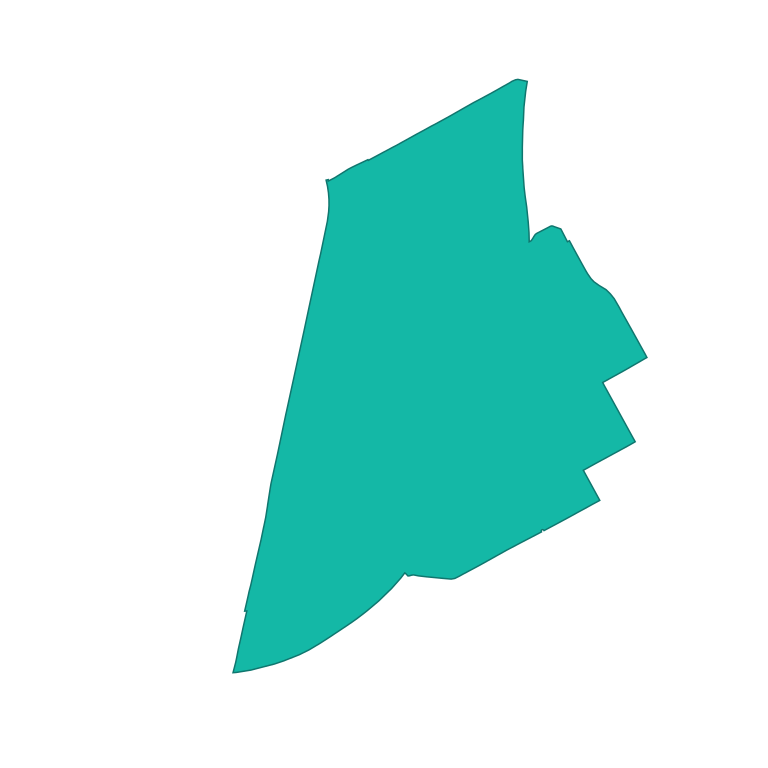 Subiaco, Western Australia, Australia, rotated 151°
{"feature_id": "25037944B24614013246759", "entity_name": "Subiaco", "entity_type": "district", "adm_level": 2, "iso_a3": "AUS", "parent_name": "Australia", "parent_adm1": "Western Australia", "projection": "equal_earth", "projection_center": [115.818, -31.953], "detail": "fine", "context": "isolated", "style": "filled", "palette": "teal", "viewbox_px": 768, "rotation_deg": 151, "n_neighbors": 0, "source": "geoboundaries", "source_scale": "gbopen_adm2", "svg_char_len": 2859}
<svg xmlns="http://www.w3.org/2000/svg" viewBox="0 0 768 768"><g transform="rotate(151 384 384)"><path d="M141.2,279.7L141.2,280.0L141.1,283.2L141.1,283.7L141.1,291.0L141.1,297.7L141.1,311.0L141.2,331.6L141.1,336.8L141.3,346.9L142.3,352.9L144.0,358.7L148.2,366.1L150.8,371.6L151.9,375.8L152.5,381.8L152.6,385.6L152.6,388.6L152.6,392.2L152.5,411.7L152.4,417.3L152.4,419.4L154.6,419.5L154.2,432.6L154.2,433.9L159.0,439.3L159.8,440.3L160.5,440.8L161.1,441.1L162.1,441.3L163.9,441.3L177.2,441.7L179.1,441.5L181.3,440.4L182.8,439.5L185.6,438.0L187.4,437.9L188.1,438.0L187.6,438.8L183.7,446.3L179.4,455.6L173.4,469.6L170.4,477.5L169.4,480.1L166.1,488.1L157.9,505.7L157.5,506.4L154.4,512.9L150.1,520.6L148.4,523.7L139.6,538.7L136.3,543.9L134.2,547.1L127.3,558.4L118.1,571.4L112.0,579.2L118.4,584.8L119.2,585.5L121.5,586.3L125.4,586.7L128.1,586.5L135.4,586.5L145.2,586.4L150.8,586.4L165.3,586.6L169.3,586.7L179.9,586.6L187.6,586.5L194.8,586.4L199.7,586.4L202.5,586.4L214.5,586.5L217.7,586.6L226.9,586.6L234.0,586.7L250.0,586.7L258.7,586.7L261.0,586.8L273.3,587.0L275.0,587.0L288.1,587.2L289.3,587.2L289.3,588.0L294.0,588.3L301.5,588.8L307.3,589.1L311.3,589.2L327.3,588.3L334.3,588.5L333.7,589.8L335.8,590.4L337.6,584.2L339.9,578.1L342.6,572.2L345.6,566.7L348.9,561.5L354.7,553.7L376.5,528.4L378.5,526.2L381.0,523.4L414.4,485.1L428.3,469.1L451.3,442.9L452.6,441.4L483.0,406.8L484.1,405.6L487.2,402.0L511.4,374.0L515.3,369.6L531.1,351.7L533.8,348.3L543.6,335.7L544.4,334.7L545.0,333.8L552.1,324.7L558.2,317.6L558.7,317.1L567.2,307.2L570.9,303.1L578.3,294.9L584.4,288.1L591.9,279.6L593.3,278.0L598.1,272.6L602.7,267.8L605.4,264.7L611.4,258.0L615.1,253.9L616.0,252.9L614.0,252.0L626.2,238.3L626.7,237.7L632.4,231.2L639.8,222.9L645.5,216.1L648.6,212.5L652.1,208.8L656.0,204.7L653.2,203.4L639.1,198.3L632.8,196.7L615.5,192.2L605.7,190.4L603.8,190.2L595.6,189.1L589.4,188.3L587.5,188.2L587.0,188.2L578.5,187.8L572.2,188.0L570.0,188.1L568.2,188.1L564.3,188.3L552.6,189.1L548.1,189.5L542.8,189.9L527.8,191.2L520.9,192.0L519.5,192.2L511.5,193.4L508.5,193.9L495.3,196.5L493.8,196.8L479.8,200.6L479.3,200.7L476.7,201.4L471.9,203.1L463.7,206.0L457.4,208.7L456.8,207.2L456.1,204.5L454.8,203.9L452.5,203.4L450.7,202.7L446.9,199.5L440.2,194.7L429.1,187.1L426.8,185.5L419.8,180.8L416.3,179.6L411.2,179.4L406.2,179.4L404.3,179.3L401.6,179.3L388.4,179.1L356.9,179.2L342.7,178.9L319.2,178.3L318.0,178.3L318.0,178.7L317.8,179.0L317.6,179.4L317.4,179.6L317.1,179.8L316.7,179.9L316.4,179.9L316.0,179.8L315.7,179.6L315.5,179.4L315.3,179.0L315.1,178.7L315.1,178.2L295.4,177.9L285.6,177.8L277.9,177.8L266.1,177.7L259.4,177.7L251.7,177.6L251.5,211.9L243.8,211.9L237.4,211.9L201.5,211.6L198.4,211.6L192.3,211.7L192.3,218.8L192.1,276.0L192.0,279.3L183.7,279.3L180.9,279.3L180.6,279.3L166.4,279.3L148.5,279.6L143.7,279.7L141.2,279.7Z" fill="#14b8a6" stroke="#0f766e" stroke-width="1.5"/></g></svg>